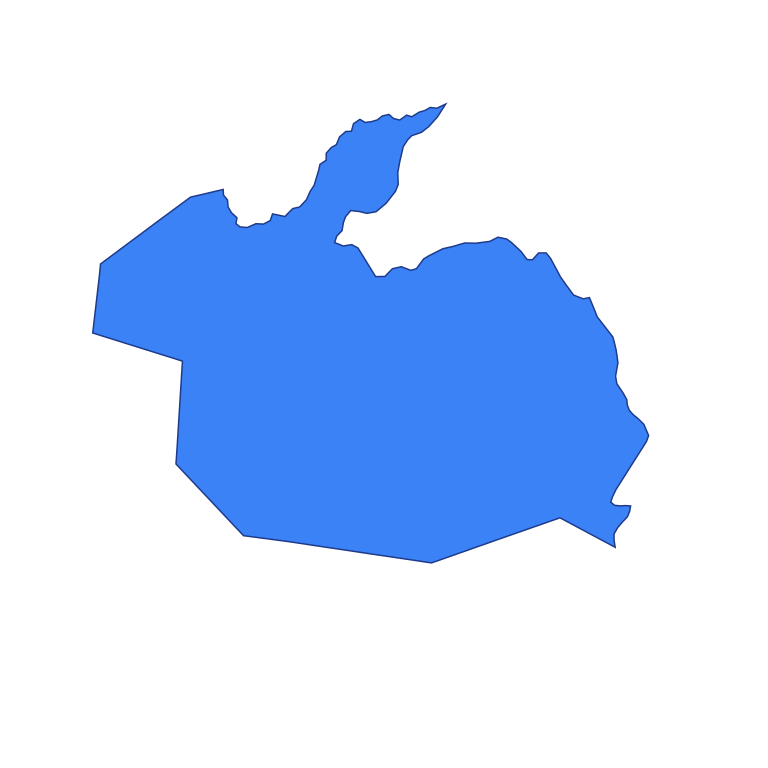 the district of Piancó, Paraíba, Brazil, rotated 58°
{"feature_id": "56859067B93883215672423", "entity_name": "Piancó", "entity_type": "district", "adm_level": 2, "iso_a3": "BRA", "parent_name": "Brazil", "parent_adm1": "Paraíba", "projection": "robinson", "projection_center": [-37.978, -7.2], "detail": "fine", "context": "isolated", "style": "filled", "palette": "blue", "viewbox_px": 768, "rotation_deg": 58, "n_neighbors": 0, "source": "geoboundaries", "source_scale": "gbopen_adm2", "svg_char_len": 1922}
<svg xmlns="http://www.w3.org/2000/svg" viewBox="0 0 768 768"><g transform="rotate(58 384 384)"><path d="M123.0,449.1L126.3,491.4L130.9,547.3L132.0,560.8L141.5,568.1L186.4,604.0L257.8,542.8L328.9,593.6L341.6,602.8L352.2,600.7L438.2,583.5L466.4,549.3L521.4,484.9L560.9,438.5L575.4,373.6L590.7,305.7L645.0,274.5L638.4,271.7L633.1,268.4L629.6,261.9L627.2,254.3L625.7,248.1L622.2,243.2L618.1,239.5L615.1,243.6L612.7,248.1L609.0,252.8L604.4,254.3L600.9,250.2L596.4,243.1L571.8,191.8L567.9,186.9L556.0,185.0L548.0,186.9L541.8,189.0L536.3,189.9L530.7,188.8L526.0,186.4L518.5,186.0L507.1,186.4L500.1,183.5L490.0,174.4L483.6,171.5L478.1,169.1L471.9,167.0L465.4,165.0L440.0,167.6L434.3,166.5L419.6,164.0L417.3,170.0L409.0,176.1L397.0,177.0L386.9,177.6L381.5,177.2L365.9,176.2L358.8,177.0L354.8,183.4L357.3,192.3L354.3,196.7L344.1,197.6L331.3,201.0L326.1,203.1L319.9,209.6L319.1,218.8L313.2,231.6L307.2,240.8L303.9,252.6L300.5,262.3L299.0,278.4L299.0,284.3L303.4,295.4L301.8,301.0L293.7,307.2L290.7,315.8L293.3,326.3L288.4,334.2L254.9,334.0L248.7,337.5L245.4,345.4L237.9,350.9L233.5,345.6L231.7,338.3L225.7,333.0L221.8,328.0L219.3,320.3L224.6,313.6L230.2,308.1L233.7,299.5L231.9,286.6L226.7,272.2L222.4,266.3L211.9,260.2L203.8,252.8L192.9,241.9L189.4,234.4L188.1,229.0L190.4,218.7L189.4,209.6L185.9,197.3L179.3,183.4L178.1,193.1L174.0,198.2L173.7,204.6L172.1,210.2L172.1,218.8L168.0,222.3L168.5,230.8L163.9,235.2L158.0,237.0L155.8,243.4L156.5,249.8L154.8,255.8L152.2,261.4L146.8,264.2L147.1,271.9L152.4,277.7L149.6,282.6L150.9,290.7L155.8,297.6L155.5,303.3L157.7,310.7L163.6,314.5L163.8,321.9L167.7,325.7L173.9,332.7L178.5,338.0L181.5,344.5L186.6,352.1L189.2,361.8L186.9,368.3L188.1,373.8L189.5,379.2L180.7,388.4L185.1,393.8L184.5,401.5L180.2,407.7L178.8,417.1L174.4,422.9L169.6,424.6L165.1,420.6L157.9,422.6L151.2,422.4L145.0,419.2L138.7,420.0L133.8,417.3L123.0,449.1Z" fill="#3b82f6" stroke="#1e3a8a" stroke-width="1.5"/></g></svg>